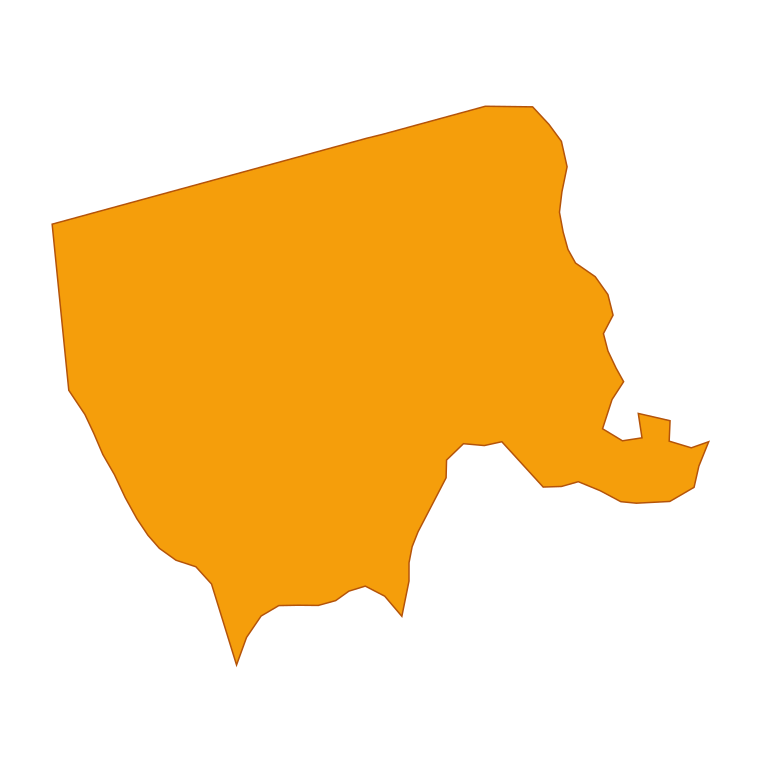 Pacujá, Ceará, Brazil, rotated 86°
{"feature_id": "56859067B42415660156267", "entity_name": "Pacujá", "entity_type": "district", "adm_level": 2, "iso_a3": "BRA", "parent_name": "Brazil", "parent_adm1": "Ceará", "projection": "orthographic", "projection_center": [-40.67, -3.999], "detail": "fine", "context": "isolated", "style": "filled", "palette": "amber", "viewbox_px": 768, "rotation_deg": 86, "n_neighbors": 0, "source": "geoboundaries", "source_scale": "gbopen_adm2", "svg_char_len": 1017}
<svg xmlns="http://www.w3.org/2000/svg" viewBox="0 0 768 768"><g transform="rotate(86 384 384)"><path d="M464.2,64.1L469.1,81.9L460.9,103.5L440.6,101.2L431.1,132.4L455.7,130.4L457.3,150.1L443.9,169.1L415.4,157.6L398.4,144.8L384.3,151.4L366.7,158.3L349.0,161.6L331.3,150.7L310.4,154.4L291.7,165.8L276.7,184.5L262.6,191.1L244.9,194.7L224.9,197.0L204.7,193.1L180.1,186.2L154.3,190.1L136.6,201.3L117.9,216.4L114.0,263.6L135.0,368.9L137.6,384.0L201.4,703.9L368.3,698.9L393.5,684.5L412.8,677.0L434.7,669.4L455.7,659.2L479.2,650.1L501.2,639.9L518.5,630.0L532.3,619.5L545.3,603.8L553.2,584.4L571.5,570.0L654.0,550.7L627.2,538.8L606.9,522.8L597.7,504.4L598.7,485.0L600.3,465.0L596.7,447.3L588.2,433.5L584.3,416.8L595.7,398.1L617.0,382.4L582.3,372.8L564.0,371.5L548.3,367.3L533.9,360.4L481.9,328.6L464.2,326.9L449.1,308.9L452.4,288.2L449.8,270.5L497.9,232.4L498.6,214.1L495.0,197.0L505.4,176.0L517.9,156.0L520.5,140.6L521.1,107.1L508.7,81.9L487.8,75.6L464.2,64.1Z" fill="#f59e0b" stroke="#b45309" stroke-width="1.5"/></g></svg>